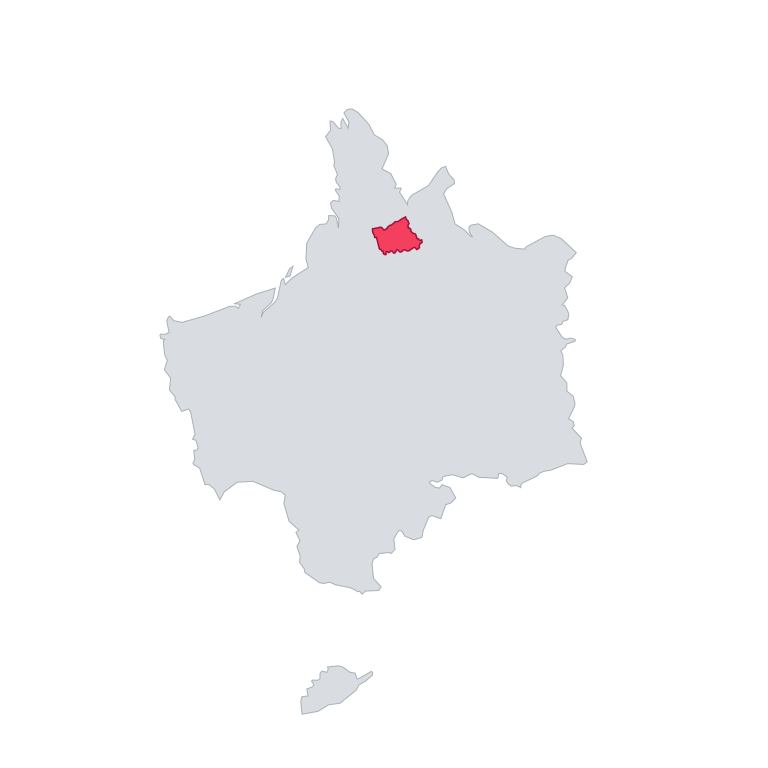 Mayenne highlighted on a map of France, rotated 61°
{"feature_id": "FRA-5324", "entity_name": "Mayenne", "entity_type": "Metropolitan department", "adm_level": 1, "iso_a3": "FRA", "parent_name": "France", "parent_adm1": "", "projection": "albers", "projection_center": [-0.661, 48.148], "detail": "fine", "context": "in_parent", "style": "filled", "palette": "rose", "viewbox_px": 768, "rotation_deg": 61, "n_neighbors": 0, "source": "natural_earth", "source_scale": "10m", "svg_char_len": 6222}
<svg xmlns="http://www.w3.org/2000/svg" viewBox="0 0 768 768"><g transform="rotate(61 384 384)"><path d="M540.9,314.6L537.1,317.3L535.1,322.1L532.6,323.5L527.9,324.0L525.4,321.4L519.9,323.8L517.9,327.0L521.6,330.2L511.8,346.0L505.0,350.6L504.3,360.4L496.4,368.3L493.9,376.2L493.8,377.7L496.2,380.0L495.7,385.1L491.6,388.7L491.9,391.8L493.2,392.2L499.6,389.0L501.9,385.9L500.2,382.0L506.5,376.5L518.5,376.5L520.5,383.0L519.5,388.6L529.3,399.6L522.3,405.9L522.2,409.6L531.2,420.8L536.6,425.3L534.7,433.6L527.0,439.6L521.6,439.7L519.5,441.2L520.0,443.6L524.3,450.6L533.8,454.4L535.7,459.7L533.4,462.0L530.0,470.6L532.2,474.6L531.7,476.4L532.9,479.1L535.6,481.7L548.9,487.4L560.1,484.9L562.0,488.8L556.2,500.4L557.1,505.2L553.5,505.7L553.1,507.4L546.4,511.7L536.0,523.8L531.0,527.6L529.3,533.3L526.5,536.8L510.5,544.6L507.2,543.4L499.1,544.3L493.8,540.7L483.9,539.0L480.3,533.4L471.2,533.0L470.5,529.2L458.1,533.6L440.0,529.5L433.4,524.3L428.3,526.1L424.0,531.4L405.6,545.8L398.7,560.0L400.9,576.1L405.8,583.8L393.9,583.2L386.9,585.9L385.2,589.3L368.3,586.0L362.2,589.6L360.5,589.4L358.2,586.1L349.9,582.5L351.0,579.8L349.8,577.5L342.1,575.8L339.4,578.2L336.4,573.6L314.7,566.7L311.2,566.9L309.9,574.2L296.0,574.2L294.0,572.9L285.1,574.5L275.5,567.8L264.9,569.1L258.4,562.1L252.1,561.6L243.3,558.0L239.3,556.0L238.7,554.0L236.1,557.1L232.8,556.4L232.1,555.4L234.3,551.5L234.7,547.0L223.7,543.5L220.9,540.2L220.8,538.5L226.8,537.0L232.2,530.8L237.5,508.1L241.3,481.2L244.0,476.1L247.3,474.7L244.7,471.0L241.3,475.8L243.5,451.1L247.4,432.6L256.4,440.2L258.4,443.6L261.1,454.6L266.2,459.2L262.9,454.8L259.6,440.1L257.6,435.9L243.5,423.5L243.0,420.7L249.2,422.2L246.7,413.0L245.4,393.7L236.9,391.7L223.4,383.3L214.3,368.3L213.3,362.8L215.9,357.0L213.8,353.2L209.9,350.6L213.0,345.6L215.8,345.2L225.4,348.2L217.6,343.3L204.7,344.7L199.7,342.9L198.8,339.4L202.4,335.0L198.2,332.1L190.9,332.6L190.0,331.4L192.3,328.2L190.5,327.0L184.5,328.0L181.1,326.9L178.1,323.1L168.5,322.0L166.4,319.8L153.4,315.1L139.5,315.2L136.0,307.7L127.8,303.7L129.6,301.5L138.1,299.8L139.8,297.8L133.8,294.5L131.8,291.4L143.0,291.3L138.1,287.8L127.3,287.5L126.1,283.1L127.7,278.7L134.2,275.0L150.0,271.3L161.4,271.7L169.6,266.9L177.5,265.7L185.0,268.5L194.9,281.5L203.2,276.1L215.3,276.5L217.7,279.7L221.1,274.0L223.7,277.4L238.5,276.5L235.1,274.2L232.4,268.7L232.0,248.9L224.7,234.4L222.9,229.1L223.5,224.7L232.1,225.6L239.4,223.7L242.8,225.1L243.6,234.4L246.6,239.7L266.7,241.4L278.4,244.3L288.1,239.0L297.2,236.5L298.0,235.3L292.7,235.8L287.9,233.6L287.2,231.2L289.6,223.9L303.4,215.7L323.5,208.5L328.6,203.8L334.3,195.5L332.9,193.4L333.2,171.2L335.9,163.8L343.3,158.3L362.4,152.2L365.1,159.2L365.1,163.2L370.5,169.2L373.2,171.1L381.5,167.3L385.8,172.9L387.4,179.4L397.8,181.5L401.2,189.9L403.0,188.0L409.5,188.0L412.5,188.5L416.9,192.0L416.0,197.2L418.0,199.5L416.5,204.4L417.9,206.3L429.7,205.5L433.1,203.1L434.4,198.3L437.8,195.2L439.2,196.0L437.6,205.0L439.4,207.1L440.7,213.3L445.2,213.5L454.4,217.9L462.4,225.6L471.5,223.5L479.0,227.5L486.3,224.4L493.5,226.3L496.2,228.5L503.9,239.5L508.7,236.7L512.4,237.7L513.9,240.9L527.2,237.6L530.0,240.6L532.9,241.5L550.5,244.0L551.2,248.3L542.7,261.9L540.2,280.1L537.9,286.5L537.4,291.2L538.5,294.2L538.5,299.1L537.6,310.9L539.2,314.1L540.9,314.6ZM634.9,544.2L634.9,551.6L638.2,556.5L641.9,577.2L637.7,588.0L638.3,600.3L633.1,615.8L621.4,610.7L617.7,607.5L620.0,601.6L613.3,599.4L614.2,593.8L613.2,591.2L608.7,591.4L608.3,590.1L611.0,585.5L610.7,582.9L606.1,580.2L604.9,577.5L608.6,573.7L606.4,571.0L604.1,570.6L608.4,560.4L611.8,557.1L619.8,553.4L622.8,549.4L628.5,550.6L629.4,549.6L629.2,534.3L631.1,533.8L633.1,535.6L634.9,544.2ZM244.1,414.0L242.9,418.4L237.5,410.8L236.9,406.6L244.1,414.0Z" fill="#d9dde1" stroke="#a8b0b8" stroke-width="1"/><path d="M271.6,319.2L271.5,320.2L271.0,320.7L270.3,321.1L269.7,321.3L269.1,321.2L267.5,320.3L267.2,320.5L266.7,321.4L266.3,321.6L265.8,321.6L264.9,321.4L264.6,321.5L264.1,322.2L263.9,322.5L263.3,322.5L252.2,319.5L251.6,320.8L251.3,321.1L249.9,320.5L246.1,320.3L244.4,319.8L242.6,318.7L242.9,318.3L243.1,318.0L243.2,317.6L243.5,316.3L243.7,315.8L244.0,315.0L244.3,314.2L244.7,312.5L244.9,311.8L245.0,311.4L245.2,311.1L245.7,310.5L246.0,310.2L246.3,310.0L246.6,309.9L247.1,309.8L248.2,309.7L248.6,309.7L248.9,309.5L249.2,309.4L249.4,309.2L249.5,309.1L249.5,308.9L249.5,308.4L249.4,307.6L249.4,307.0L249.4,306.4L249.4,306.1L249.3,305.8L248.8,305.3L248.6,305.0L248.5,304.8L248.5,304.7L248.1,301.6L248.2,301.3L248.3,301.2L248.5,301.0L248.5,300.8L248.5,300.5L248.3,299.0L248.2,298.7L248.1,297.7L248.1,297.4L248.0,297.2L247.8,296.7L247.7,296.6L247.6,296.4L247.5,296.2L247.5,295.8L247.6,295.2L247.8,294.8L248.5,293.5L248.6,293.3L248.6,292.7L248.6,291.7L248.2,288.0L248.2,287.2L248.3,286.3L248.3,284.2L250.0,284.5L251.1,284.5L252.2,284.2L252.4,284.1L252.7,283.9L253.0,283.8L253.7,284.1L253.8,284.2L254.0,284.2L254.3,284.4L255.5,284.1L256.0,284.6L256.4,285.2L256.8,286.2L257.0,286.5L257.5,286.5L257.8,286.4L258.0,286.4L258.3,286.6L258.5,286.8L258.8,287.1L259.1,287.1L259.5,287.0L259.7,286.7L259.8,286.4L259.9,286.1L260.1,286.0L261.7,285.6L262.0,285.6L262.3,285.8L262.4,286.1L262.5,286.4L262.8,286.5L265.7,285.8L266.0,285.6L266.3,285.4L267.5,284.1L268.1,283.9L268.5,283.8L270.2,284.0L272.4,284.6L272.9,284.5L273.0,284.3L273.2,284.0L273.5,283.6L273.9,283.4L274.3,283.3L275.1,283.3L275.5,283.1L275.8,282.8L276.0,282.5L276.1,282.2L276.0,281.9L276.0,281.5L276.1,281.3L276.3,281.1L278.4,281.9L278.7,282.2L278.8,282.5L278.8,283.1L278.6,283.4L278.6,284.0L279.0,284.7L280.1,286.0L280.7,286.5L281.2,286.7L281.5,286.7L281.8,286.8L282.0,287.2L282.2,287.6L282.4,290.1L281.9,290.3L280.0,290.6L279.6,291.0L279.2,291.5L279.1,292.3L279.6,297.7L279.0,299.1L276.7,300.8L276.5,301.0L276.4,301.3L276.3,301.9L276.3,302.5L276.8,303.7L276.8,304.3L276.8,305.0L276.6,305.5L276.3,306.0L275.7,306.4L273.3,306.9L273.1,307.0L272.8,307.9L273.1,308.5L274.0,309.5L274.3,310.1L274.6,310.8L274.6,311.4L274.3,311.9L273.8,312.2L272.1,312.3L271.7,312.5L271.4,312.9L271.1,313.4L271.0,314.0L271.1,314.3L271.4,314.9L271.5,315.3L271.5,315.6L271.4,315.9L271.3,316.2L271.1,316.4L270.0,316.8L269.5,317.3L269.4,317.9L269.9,318.6L270.3,318.9L271.6,319.2Z" fill="#f43f5e" stroke="#9f1239" stroke-width="1.5"/></g></svg>